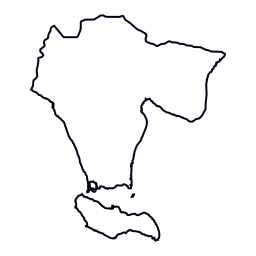 outline of San Rafael del Yuma, La Altagracia, Dominican Republic
{"feature_id": "3306468B72129908795789", "entity_name": "San Rafael del Yuma", "entity_type": "district", "adm_level": 2, "iso_a3": "DOM", "parent_name": "Dominican Republic", "parent_adm1": "La Altagracia", "projection": "equal_earth", "projection_center": [-68.667, 18.325], "detail": "fine", "context": "isolated", "style": "outline", "palette": "ink", "viewbox_px": 256, "rotation_deg": 0, "n_neighbors": 0, "source": "geoboundaries", "source_scale": "gbopen_adm2", "svg_char_len": 5784}
<svg xmlns="http://www.w3.org/2000/svg" viewBox="0 0 256 256"><path d="M54.2,25.8L51.9,27.0L51.1,27.8L50.2,31.3L48.6,34.2L47.9,38.1L44.7,40.3L44.1,41.3L43.9,42.5L44.6,45.1L44.3,46.3L40.4,49.4L40.2,50.6L40.5,51.9L42.7,53.7L43.2,55.1L42.6,56.2L41.5,57.2L38.9,57.7L38.2,58.3L38.4,60.8L37.7,66.0L36.7,69.8L36.8,72.3L37.3,75.9L36.4,77.9L33.5,80.4L33.0,85.5L31.1,89.7L32.0,89.8L32.8,91.0L36.2,92.3L36.8,93.2L37.9,93.6L38.1,94.3L38.8,94.9L40.5,95.2L43.5,97.8L44.9,98.0L45.7,98.7L46.9,98.7L49.5,100.3L49.7,101.0L50.9,101.9L52.4,102.3L53.6,103.6L53.6,104.2L52.6,104.1L52.7,105.1L53.4,105.1L53.5,106.4L52.9,106.8L52.6,106.5L52.4,107.3L53.4,108.1L53.8,109.4L54.4,110.0L54.5,111.2L55.2,112.8L55.2,114.0L56.3,115.4L56.9,116.0L57.9,116.1L58.6,117.3L59.6,117.9L64.0,122.2L68.8,136.3L69.7,137.4L70.2,138.8L72.2,141.0L72.8,142.7L73.6,143.5L75.2,147.5L75.9,148.1L75.9,149.0L77.1,151.6L77.4,153.4L79.3,158.0L80.1,162.7L82.0,167.2L82.5,168.9L83.1,169.8L83.4,171.1L85.2,172.6L85.7,174.6L87.0,176.3L87.1,178.7L87.4,180.6L88.0,181.7L88.0,183.6L88.2,183.8L88.0,187.0L88.5,187.8L88.3,188.3L88.5,189.3L88.2,189.3L88.2,190.0L87.5,190.3L87.4,191.5L87.1,191.8L87.3,192.3L88.7,191.8L88.7,190.9L89.5,190.0L90.7,189.7L92.2,190.0L92.4,189.6L92.3,188.3L91.4,188.3L90.0,187.5L89.8,184.8L89.4,184.2L90.0,182.0L91.0,181.6L92.5,181.9L93.2,181.4L94.3,182.6L95.8,182.9L95.8,183.5L96.2,183.6L96.1,184.0L96.4,184.0L96.6,184.6L96.2,186.2L96.3,187.2L96.9,187.1L97.0,186.4L97.4,187.1L97.1,188.3L95.8,188.6L95.2,189.4L93.7,189.3L93.2,188.7L92.6,188.8L92.7,189.9L92.2,190.7L93.5,191.8L94.7,191.8L95.3,191.3L96.5,188.8L97.2,188.4L99.3,188.8L99.9,188.1L100.1,186.5L100.9,186.4L103.8,186.8L104.4,187.7L106.1,188.6L106.8,188.1L107.6,188.7L108.4,188.7L109.1,188.1L112.4,188.4L114.9,187.4L116.7,185.4L122.4,185.5L123.2,184.5L123.7,184.3L125.9,184.8L126.7,185.6L127.6,185.8L127.7,187.0L128.9,188.3L130.7,188.4L131.0,187.1L130.6,184.9L131.3,184.8L131.3,185.2L131.7,185.2L131.4,184.0L131.6,183.3L131.5,179.4L131.3,179.0L130.6,179.2L130.3,179.0L130.5,178.1L131.3,177.8L131.3,176.3L131.0,175.8L131.2,175.6L131.5,167.2L131.0,166.7L131.0,166.2L131.7,166.2L131.7,165.4L131.2,165.1L131.1,164.3L131.7,163.2L132.5,163.4L132.8,162.8L132.4,160.8L133.1,159.9L133.8,156.4L133.7,155.2L134.1,154.7L134.5,151.8L136.7,145.8L141.2,139.8L141.6,137.9L142.1,137.2L146.0,127.6L146.8,124.1L147.0,121.8L146.2,118.8L144.3,114.8L143.1,113.4L141.7,112.5L141.2,111.3L141.2,110.8L142.0,110.6L141.9,109.9L141.6,109.9L141.8,108.4L141.2,107.8L141.5,105.8L142.2,104.5L142.6,104.4L142.9,102.8L143.6,102.8L144.4,101.2L145.6,100.6L145.7,99.1L146.5,100.0L147.2,99.4L147.9,99.4L148.3,98.8L149.5,98.7L150.0,99.0L151.2,101.0L152.3,101.4L153.1,102.9L154.9,103.9L157.0,106.1L158.9,106.2L160.3,107.0L163.2,110.3L167.1,112.5L168.4,112.6L173.1,114.7L173.9,114.5L174.4,115.1L175.9,115.4L176.5,116.0L178.4,116.0L181.6,117.2L181.9,117.6L182.6,117.4L183.1,118.0L186.6,119.2L188.9,121.1L190.4,121.7L191.9,121.7L194.4,120.4L195.6,119.2L199.0,118.5L201.1,116.6L203.0,114.0L205.6,108.9L205.7,103.3L206.6,94.3L206.2,83.7L206.7,82.4L206.8,79.6L207.1,79.5L207.6,77.0L208.1,76.2L208.1,75.0L209.9,72.4L211.2,71.9L211.5,71.2L212.0,70.9L212.0,69.6L213.7,68.3L213.7,67.4L214.3,66.4L215.6,66.0L215.6,65.1L215.9,65.1L216.0,64.2L216.4,63.9L216.2,63.4L216.4,62.5L217.2,62.6L217.4,62.1L218.7,61.9L219.5,61.2L219.9,59.4L220.9,59.9L222.5,57.8L223.7,57.0L224.9,55.1L224.9,53.9L221.3,51.8L211.1,51.5L208.8,50.4L205.9,49.8L200.4,47.2L194.0,47.0L191.2,45.7L186.8,45.4L183.9,44.1L179.8,43.8L177.0,42.6L172.0,42.3L169.5,41.3L168.5,41.4L164.9,43.6L161.0,44.1L157.6,46.0L156.7,46.0L153.6,44.1L150.6,43.5L146.6,41.8L145.9,40.9L145.6,39.9L145.7,38.2L146.5,35.7L145.9,34.0L141.0,30.9L138.7,30.1L136.1,28.4L130.6,23.4L125.2,19.7L123.6,16.5L122.8,15.9L119.4,16.9L107.5,16.9L105.4,16.6L103.2,15.4L101.4,15.4L100.3,15.7L94.2,19.5L85.2,19.7L81.7,21.1L81.1,21.5L80.8,22.4L80.7,28.3L80.4,30.1L78.1,35.9L77.4,36.8L76.3,37.2L65.2,37.2L63.4,36.9L54.2,25.8ZM115.5,238.2L117.2,235.1L118.2,234.4L121.8,233.4L123.3,232.5L124.7,232.5L125.9,233.1L127.3,231.3L129.9,230.0L131.0,230.5L131.7,230.3L132.3,230.9L137.1,231.5L140.2,232.3L142.4,234.2L144.2,234.4L144.9,234.7L145.3,235.3L146.8,235.3L148.2,236.1L151.5,236.1L152.5,238.5L153.3,238.3L154.0,238.9L153.9,238.0L154.5,237.9L154.7,239.9L155.7,240.6L156.7,239.9L158.0,239.8L157.9,239.2L158.9,238.0L159.4,235.3L159.1,231.8L157.9,228.3L158.0,227.8L157.1,226.4L157.1,225.8L155.7,224.2L155.7,223.3L154.6,222.0L154.0,220.6L153.3,219.5L152.5,219.3L152.1,218.1L149.4,215.9L149.2,215.3L147.2,213.7L146.0,213.6L145.4,212.9L143.7,212.7L137.9,215.3L136.4,214.9L135.0,213.7L131.3,214.3L129.6,215.0L127.6,215.0L126.6,213.4L125.0,212.6L123.7,212.6L123.3,212.1L121.4,212.3L120.6,211.7L120.4,210.5L118.5,207.0L116.8,206.6L114.1,206.9L113.2,205.7L112.4,205.7L112.4,206.4L112.1,206.3L111.9,206.9L113.3,207.6L113.1,208.5L110.8,208.9L109.3,208.2L108.8,208.5L105.5,208.2L102.7,206.4L101.7,205.6L101.6,205.0L100.9,204.8L98.8,202.5L97.5,201.6L94.0,200.8L93.4,200.5L93.1,199.6L91.6,199.0L90.5,199.3L90.1,198.6L88.6,198.3L86.8,197.0L85.9,197.3L84.8,196.7L84.1,196.8L84.0,196.1L82.6,195.2L81.9,194.1L80.9,195.1L78.5,195.8L76.2,198.6L75.6,199.9L75.6,200.9L75.4,200.9L75.6,202.4L76.1,203.0L76.2,205.3L75.3,206.6L75.3,207.5L76.1,207.5L76.3,208.1L76.8,208.2L76.9,208.8L77.8,209.4L78.6,211.2L80.1,212.0L81.5,214.0L81.9,215.3L84.3,218.2L84.3,219.7L86.5,222.0L87.1,223.5L87.2,224.8L86.9,225.5L85.9,225.8L86.0,226.5L88.3,226.8L89.9,228.1L90.8,228.1L92.3,229.3L93.9,229.9L94.0,230.3L94.9,230.2L95.3,230.9L96.0,230.5L97.0,231.3L98.0,231.5L98.6,232.3L99.7,232.3L100.8,233.1L103.0,233.5L104.3,234.8L110.5,238.0L113.5,238.5L115.0,237.4L115.0,238.2L115.5,238.2ZM134.1,194.4L132.9,194.8L131.8,196.8L132.7,196.8L132.8,195.8L133.3,195.7L133.7,195.0L134.1,194.8L134.1,194.4Z" fill="none" stroke="#020617" stroke-width="2"/></svg>